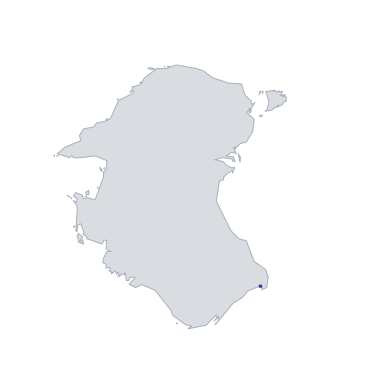 location of Capel, Western Australia, Australia, rotated 247°
{"feature_id": "25037944B63911738750692", "entity_name": "Capel", "entity_type": "district", "adm_level": 2, "iso_a3": "AUS", "parent_name": "Australia", "parent_adm1": "Western Australia", "projection": "albers", "projection_center": [115.572, -33.527], "detail": "fine", "context": "in_parent", "style": "filled", "palette": "violet", "viewbox_px": 384, "rotation_deg": 247, "n_neighbors": 0, "source": "geoboundaries", "source_scale": "gbopen_adm2", "svg_char_len": 4096}
<svg xmlns="http://www.w3.org/2000/svg" viewBox="0 0 384 384"><g transform="rotate(247 192 192)"><path d="M282.9,92.8L282.7,109.8L288.0,110.4L292.4,116.8L290.4,126.8L292.8,131.2L290.9,140.6L291.8,146.0L304.8,159.9L306.1,176.4L307.6,177.7L308.8,175.3L311.2,179.1L312.2,178.0L311.0,185.8L312.2,188.7L315.6,192.5L319.3,207.9L315.9,216.1L315.1,227.2L304.0,244.3L298.8,250.1L289.2,255.4L277.7,268.6L272.2,279.6L260.1,278.7L253.0,281.9L249.4,281.3L249.5,284.5L245.3,278.7L246.4,277.9L246.4,276.8L245.4,276.4L243.0,277.7L242.0,276.2L244.7,275.1L243.9,273.4L234.6,277.7L223.9,271.5L216.7,261.4L217.8,255.2L214.8,248.6L216.6,249.2L216.9,247.6L210.2,247.8L213.1,244.1L211.9,237.5L208.1,243.9L203.3,243.6L204.6,241.4L206.7,241.9L211.9,233.1L212.6,225.9L207.8,232.6L202.4,234.5L198.4,238.3L198.4,240.7L196.6,240.0L194.0,236.9L195.9,237.2L195.4,232.6L193.4,227.0L191.0,225.9L191.4,221.4L174.0,210.8L141.4,212.6L130.8,216.8L125.8,222.9L103.9,222.1L91.8,229.5L83.9,228.9L74.9,223.6L74.8,218.2L77.0,219.1L78.9,215.9L79.1,205.1L75.2,196.9L73.7,186.6L62.7,165.5L67.0,167.7L64.3,161.3L66.2,165.1L69.4,166.2L63.9,153.0L67.7,134.7L68.6,139.0L72.4,134.2L86.1,126.0L91.0,126.5L116.2,119.5L126.3,109.6L126.1,102.7L131.5,98.2L135.2,106.1L137.8,102.1L135.2,98.9L136.2,97.1L144.5,99.0L141.9,98.1L143.9,95.3L142.6,92.5L147.2,92.6L145.7,90.5L149.5,90.5L148.5,87.6L152.1,84.8L152.1,86.7L154.8,86.7L155.4,83.2L159.0,84.8L161.8,82.2L165.6,84.7L170.4,90.2L169.0,94.1L173.2,90.7L180.5,94.3L182.3,92.3L179.3,88.9L190.3,76.8L192.0,77.9L195.6,75.1L196.5,76.7L206.1,77.2L206.3,73.9L200.4,70.6L201.5,69.9L223.1,80.7L230.1,79.5L228.0,81.7L230.5,83.7L234.5,81.3L236.9,84.5L232.2,89.7L228.2,89.4L227.5,93.7L222.6,99.7L239.9,116.0L245.0,118.5L246.0,121.8L254.2,125.9L263.1,116.9L267.4,101.8L269.9,96.4L272.5,95.6L271.5,92.6L279.9,83.2L282.9,92.8ZM237.4,292.3L244.8,298.2L255.5,299.2L253.1,308.7L253.0,306.8L251.4,308.5L249.2,314.5L246.5,310.9L242.6,315.8L238.5,314.0L239.8,312.7L236.9,309.0L236.8,303.8L238.2,305.1L236.2,297.3L237.4,292.3ZM189.8,68.2L196.4,69.2L198.1,71.1L193.3,73.8L189.8,68.2ZM200.4,247.8L209.5,249.4L205.3,250.2L200.4,247.8ZM233.2,93.9L233.8,97.5L229.9,96.1L231.0,93.9L233.2,93.9ZM319.3,206.3L320.5,202.5L323.0,199.9L322.7,202.3L319.3,206.3ZM255.3,291.8L257.8,293.5L257.5,294.8L255.3,291.8ZM188.9,69.1L190.8,72.7L186.6,71.9L188.9,69.1ZM235.7,286.5L234.2,285.7L235.7,283.7L235.7,286.5ZM250.4,117.0L248.3,117.5L246.3,117.6L247.6,116.0L250.4,117.0ZM62.6,164.6L61.2,162.7L61.0,160.9L62.6,164.6ZM256.5,295.8L257.3,297.1L255.4,295.7L256.5,295.8ZM312.0,186.7L313.3,187.2L312.7,188.8L312.0,186.7ZM291.4,140.6L292.7,142.1L292.2,142.6L291.4,140.6ZM245.4,314.2L245.0,315.7L244.1,314.9L245.4,314.2ZM317.3,218.2L316.6,220.3L316.4,220.2L317.3,218.2ZM206.5,70.6L205.6,69.6L206.4,69.2L206.5,70.6ZM237.0,76.5L235.1,77.8L237.6,75.4L237.0,76.5ZM318.4,215.8L317.5,216.3L318.2,215.7L318.4,215.8ZM233.1,107.0L232.2,107.2L232.8,106.5L233.1,107.0ZM230.1,93.2L228.9,93.2L229.8,92.3L230.1,93.2ZM77.3,126.0L77.0,127.4L76.5,127.3L77.3,126.0ZM278.2,82.0L277.8,83.1L277.6,82.2L278.2,82.0ZM245.2,277.0L245.2,277.8L245.0,277.5L245.2,277.0ZM234.6,78.2L232.2,78.9L234.7,77.9L234.6,78.2ZM148.8,86.0L147.9,86.7L148.5,85.8L148.8,86.0ZM246.3,313.3L245.7,313.4L246.1,312.9L246.3,313.3ZM248.6,120.7L247.4,120.4L248.2,119.9L248.6,120.7ZM143.9,91.7L143.3,92.1L143.4,91.0L143.9,91.7ZM251.3,311.4L250.4,311.6L250.9,310.8L251.3,311.4ZM279.7,79.2L279.4,79.9L278.8,79.4L279.7,79.2ZM244.5,277.8L245.1,278.7L243.9,278.2L244.5,277.8ZM306.7,160.4L306.0,160.2L306.6,159.5L306.7,160.4ZM308.2,174.9L307.8,174.8L308.3,174.2L308.2,174.9ZM238.1,291.3L237.7,291.8L237.7,291.0L238.1,291.3Z" fill="#d9dde1" stroke="#a8b0b8" stroke-width="1"/><path d="M78.5,217.2L78.5,217.3L78.4,217.4L78.4,217.5L78.3,217.8L78.2,217.8L78.1,218.0L77.9,218.2L78.0,218.2L77.9,218.2L77.9,218.3L77.8,218.5L77.7,218.5L77.7,218.8L77.8,218.8L78.0,218.8L78.2,219.0L78.3,219.0L78.4,219.3L78.5,219.3L79.1,219.3L79.2,219.2L79.2,218.4L79.4,218.3L79.5,218.3L79.5,218.0L79.5,217.8L79.4,217.8L79.3,217.7L79.2,217.7L79.1,217.4L78.7,217.3L78.5,217.2Z" fill="#8b5cf6" stroke="#5b21b6" stroke-width="1.5"/></g></svg>